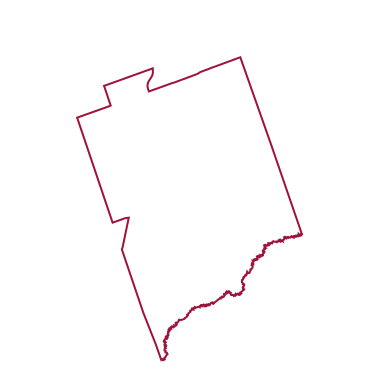 Monash, Victoria, Australia (Equal Earth projection), rotated 62°
{"feature_id": "25037944B65284638011134", "entity_name": "Monash", "entity_type": "district", "adm_level": 2, "iso_a3": "AUS", "parent_name": "Australia", "parent_adm1": "Victoria", "projection": "equal_earth", "projection_center": [145.196, -37.897], "detail": "fine", "context": "isolated", "style": "outline", "palette": "rose", "viewbox_px": 384, "rotation_deg": 62, "n_neighbors": 0, "source": "geoboundaries", "source_scale": "gbopen_adm2", "svg_char_len": 6054}
<svg xmlns="http://www.w3.org/2000/svg" viewBox="0 0 384 384"><g transform="rotate(62 192 192)"><path d="M90.0,128.2L90.3,131.8L87.6,151.8L87.1,155.9L86.5,158.6L83.0,182.8L80.2,182.4L78.2,181.8L77.5,181.6L75.3,180.0L74.0,178.4L71.1,173.3L69.7,171.6L68.3,170.5L64.4,168.6L58.0,213.1L57.0,219.8L77.5,223.2L77.5,224.0L72.4,258.5L181.8,276.5L183.7,263.6L183.9,262.9L185.0,259.9L208.2,279.2L209.8,280.9L275.9,291.7L309.6,295.5L325.3,297.9L325.1,297.6L325.3,296.9L326.6,296.9L327.0,296.6L326.9,295.9L327.0,295.4L327.0,294.7L326.8,294.7L326.3,295.2L325.4,294.2L325.7,293.7L325.0,292.4L324.2,291.5L323.7,289.7L322.9,289.8L322.1,289.6L321.2,290.8L319.7,289.9L319.3,290.6L318.9,290.7L317.2,289.5L317.0,289.2L317.3,288.5L316.3,288.5L316.3,287.7L315.8,286.9L315.6,286.9L315.4,288.1L315.1,288.4L314.7,288.3L314.6,287.3L314.3,287.1L313.6,287.7L312.5,286.5L312.5,285.8L312.4,285.7L311.8,285.8L311.0,287.2L310.5,287.1L310.1,286.6L310.7,286.0L309.9,285.7L308.9,284.5L309.6,283.5L308.0,283.4L307.5,283.2L307.3,282.9L307.3,282.6L307.6,282.4L309.0,282.4L309.2,282.1L309.1,281.8L308.3,281.9L307.2,281.3L307.1,280.9L307.6,280.4L307.5,280.1L306.7,279.9L305.9,280.1L305.7,279.9L305.9,279.4L304.0,278.7L303.4,277.8L304.3,277.3L303.6,276.3L303.3,276.3L302.7,277.0L302.4,277.1L302.2,276.5L301.7,276.0L301.8,275.4L302.8,274.6L301.7,274.3L301.3,273.8L301.1,272.8L301.8,272.8L302.7,272.2L302.3,271.2L302.7,270.6L302.6,270.4L301.4,270.2L302.3,269.3L302.4,268.4L301.7,267.6L301.0,268.1L299.8,267.8L299.8,267.2L300.4,266.3L300.1,264.9L299.9,264.6L299.1,264.1L298.7,263.5L298.9,262.9L299.3,262.7L299.5,262.4L300.0,261.3L300.4,258.8L300.4,258.1L300.0,257.7L300.0,256.8L299.6,254.7L298.2,254.0L298.7,253.3L297.5,252.3L297.4,251.4L297.0,250.7L297.1,249.8L296.1,249.4L296.4,248.9L296.1,248.3L296.0,247.5L295.1,247.1L294.9,246.8L296.2,246.0L295.4,245.8L295.2,245.5L295.3,245.1L295.9,244.7L296.0,244.0L295.7,243.9L295.0,244.1L294.8,243.6L295.5,243.2L296.0,242.6L296.2,242.1L296.1,241.3L296.5,239.8L297.3,239.3L296.6,238.9L296.5,238.7L297.0,238.0L296.4,237.8L296.1,237.3L296.0,236.9L296.5,236.1L296.9,236.2L297.8,236.0L297.3,235.4L297.0,234.5L297.7,234.4L298.1,234.0L298.8,234.3L299.0,234.3L299.4,233.6L299.5,233.0L299.3,232.9L298.4,233.6L298.1,233.6L298.0,233.4L298.2,231.7L298.4,231.5L298.9,231.9L299.3,231.8L299.6,231.3L298.9,230.7L298.8,230.3L299.9,230.2L300.1,229.9L299.9,228.8L299.3,228.5L298.8,227.1L298.8,226.2L299.1,225.8L299.3,225.9L299.6,226.3L300.7,225.8L300.6,224.7L300.1,224.4L299.8,221.7L299.2,219.2L299.1,217.5L299.5,216.7L298.6,216.5L298.7,215.6L298.4,214.7L298.6,214.3L299.1,214.7L299.4,214.6L299.3,214.0L299.4,213.0L298.9,212.4L298.7,211.7L297.5,211.9L297.3,211.8L297.9,211.2L297.4,210.3L298.0,209.3L297.9,208.8L297.6,208.7L296.8,209.5L296.0,208.1L296.3,207.9L296.7,208.1L297.0,207.8L297.1,207.5L296.7,206.5L296.8,206.2L297.3,205.7L297.6,205.8L297.8,206.6L298.2,206.8L298.4,206.6L298.3,205.9L299.2,205.0L299.4,205.0L299.8,205.7L301.1,205.9L301.9,205.1L301.9,204.3L302.2,203.9L302.7,203.7L303.4,203.8L303.4,203.4L303.9,202.8L303.9,202.6L302.9,202.1L302.5,201.5L303.6,201.4L303.1,199.9L303.2,199.2L303.5,199.0L303.6,199.8L303.9,199.9L305.1,198.6L305.2,197.6L304.9,197.2L304.7,196.4L303.9,196.9L303.6,197.0L303.3,196.7L303.5,195.9L303.3,195.3L303.4,194.7L303.0,194.1L302.6,191.7L302.0,191.7L301.9,192.3L301.5,192.5L300.9,191.7L300.1,191.9L299.9,191.3L299.4,191.1L299.4,190.4L299.3,190.1L298.2,189.3L297.5,189.5L297.3,190.3L297.1,190.4L296.5,190.0L295.8,190.0L295.5,190.2L295.1,190.3L293.5,189.4L293.0,188.9L293.2,188.0L292.7,187.5L291.8,187.1L291.2,186.3L291.2,186.1L291.7,186.1L291.8,186.0L291.3,185.8L291.2,185.2L290.5,184.4L291.0,183.8L291.1,183.3L290.8,183.0L290.1,182.7L290.0,181.4L289.7,181.2L289.2,181.4L288.3,180.7L289.7,180.5L290.3,179.6L290.3,178.9L289.5,178.4L288.7,177.0L287.8,176.8L287.9,175.4L286.9,173.8L286.4,173.4L285.2,173.1L284.7,173.8L284.1,173.2L284.1,172.6L283.9,172.4L284.5,171.7L284.1,171.5L282.9,172.3L282.5,171.7L282.7,171.2L282.2,170.0L281.2,170.3L281.5,169.7L280.8,169.3L280.6,169.0L280.7,168.6L281.3,169.1L281.2,168.6L281.7,168.1L281.5,167.4L282.2,167.4L282.2,166.7L282.4,166.3L282.2,165.9L281.8,166.4L281.3,166.4L281.2,165.6L280.6,165.1L280.2,164.9L279.5,165.1L279.3,165.0L279.6,163.5L279.9,163.1L280.2,163.1L280.4,163.7L281.4,163.1L281.3,162.7L280.6,162.8L279.7,162.1L280.7,161.8L280.3,161.2L281.3,160.7L281.3,160.4L281.0,160.1L280.2,160.1L280.3,159.6L281.0,159.5L281.2,159.1L279.7,158.3L279.7,157.5L279.4,157.3L279.2,156.4L278.9,156.2L278.7,156.4L278.7,157.0L278.5,157.3L277.7,156.7L277.3,157.2L277.1,157.1L276.8,156.5L277.0,155.7L276.8,154.6L275.7,154.8L275.3,154.3L275.8,153.3L275.1,153.5L274.9,152.9L274.7,152.8L274.3,153.1L274.3,153.5L273.2,153.5L273.0,153.3L273.5,153.0L273.1,152.9L272.9,152.6L272.9,152.1L273.3,151.8L273.7,151.7L274.0,152.2L274.4,151.9L274.3,151.3L274.7,150.7L274.4,150.3L275.1,149.4L275.1,148.6L274.9,148.2L274.6,148.3L274.2,149.3L272.9,148.7L273.2,148.1L274.2,147.1L273.9,146.4L274.0,146.2L274.8,145.7L275.0,145.5L274.7,145.0L274.0,145.1L273.6,143.4L274.3,143.0L274.6,142.2L275.6,141.1L276.0,141.0L276.2,140.7L276.0,140.2L275.6,139.9L276.2,139.1L276.2,138.3L276.0,138.2L275.7,138.5L274.7,137.6L275.3,137.9L275.7,137.7L275.7,137.4L275.2,137.1L275.4,136.6L277.3,137.3L277.6,137.1L277.5,136.2L276.8,136.6L276.4,136.3L276.5,135.9L277.7,135.2L277.0,135.1L277.4,134.2L277.0,133.6L277.1,133.0L275.7,132.0L275.1,131.8L275.3,130.7L275.5,130.5L276.0,130.4L276.2,131.0L277.0,130.8L277.4,130.6L277.0,129.3L277.5,128.7L277.2,128.6L276.8,128.9L276.6,128.7L276.6,128.3L277.5,127.8L278.3,126.9L278.3,126.3L277.9,125.8L278.4,125.3L278.0,124.7L279.3,124.3L280.2,123.4L280.1,123.2L279.6,123.2L279.2,123.4L278.8,123.9L278.7,123.1L278.9,122.7L279.4,122.2L280.0,121.9L280.5,120.6L280.5,120.4L280.2,120.3L279.3,120.7L279.5,120.0L280.8,119.2L280.6,119.0L279.9,119.1L280.0,118.8L280.5,118.6L280.5,118.1L279.6,118.0L279.0,117.6L280.4,117.2L281.3,117.4L281.5,116.4L281.3,116.4L280.8,116.8L280.0,115.5L280.4,115.3L281.9,114.9L185.3,99.6L95.7,86.1L91.6,116.0L91.4,116.4L91.2,119.4L90.0,128.2Z" fill="none" stroke="#9f1239" stroke-width="2"/></g></svg>